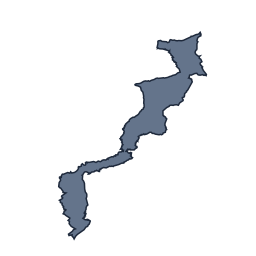 Vélez, Santander, Colombia (Albers equal-area conic projection), rotated 222°
{"feature_id": "7082276B66951297608622", "entity_name": "Vélez", "entity_type": "district", "adm_level": 2, "iso_a3": "COL", "parent_name": "Colombia", "parent_adm1": "Santander", "projection": "albers", "projection_center": [-73.706, 6.241], "detail": "fine", "context": "isolated", "style": "filled", "palette": "slate", "viewbox_px": 256, "rotation_deg": 222, "n_neighbors": 0, "source": "geoboundaries", "source_scale": "gbopen_adm2", "svg_char_len": 5962}
<svg xmlns="http://www.w3.org/2000/svg" viewBox="0 0 256 256"><g transform="rotate(222 128 128)"><path d="M153.4,223.1L155.4,222.2L155.7,221.4L154.9,219.6L155.6,218.0L157.2,217.8L160.8,215.0L162.3,214.9L163.8,213.0L163.7,212.3L162.2,210.7L160.2,207.2L159.5,207.3L159.3,206.9L159.0,207.6L158.7,207.5L157.4,208.1L154.9,210.1L152.5,211.2L152.9,211.6L151.3,211.8L149.3,212.7L149.1,212.3L148.5,212.3L148.6,213.0L147.6,211.8L147.8,211.5L146.4,211.7L145.1,211.4L144.7,210.9L143.5,211.2L141.6,210.8L142.4,209.9L140.7,209.1L140.6,208.4L139.0,208.5L138.4,208.1L137.9,208.7L137.0,208.7L137.0,208.3L135.8,208.9L135.2,207.5L134.6,207.6L133.4,207.2L133.3,206.2L129.4,206.1L126.6,204.4L127.9,202.3L128.3,199.5L130.1,196.8L130.5,195.4L131.2,194.7L132.4,192.1L134.4,189.4L135.1,189.2L138.6,185.2L139.5,184.8L140.4,183.6L141.0,181.6L142.6,179.0L143.2,177.1L144.5,176.7L145.0,175.7L146.6,174.6L147.6,173.1L148.6,169.8L149.4,168.5L151.5,166.3L151.9,165.0L151.6,164.7L150.8,164.8L148.4,166.1L146.0,166.7L143.4,164.9L140.9,164.6L137.6,162.1L136.7,160.8L135.4,160.1L132.9,156.9L132.2,156.6L130.0,154.4L130.0,153.1L129.5,152.7L129.4,152.0L130.0,150.9L129.7,149.4L130.0,148.6L129.4,145.3L129.7,143.3L130.0,143.0L130.5,140.1L131.5,139.4L132.4,136.5L132.3,134.5L131.6,133.8L132.1,132.6L132.4,129.3L131.9,128.8L132.2,127.7L131.4,127.2L131.5,126.3L131.0,126.0L131.2,125.4L130.5,124.9L130.6,124.5L131.3,124.3L131.4,123.8L131.0,123.4L129.3,123.3L128.2,122.7L128.1,121.8L127.5,121.4L127.1,119.1L127.2,116.3L126.4,115.4L126.8,114.8L125.2,114.3L124.7,115.1L124.3,114.5L123.5,114.2L123.3,113.2L122.3,113.2L121.7,112.2L120.5,112.2L120.7,111.0L120.2,110.5L120.4,110.1L119.9,109.7L119.4,107.2L118.4,108.5L117.8,108.3L117.6,107.5L117.3,107.3L116.9,107.3L116.4,108.3L115.8,107.5L116.4,107.2L117.0,105.8L118.6,104.1L118.5,102.6L117.6,101.4L119.2,99.7L118.5,98.8L119.6,98.1L119.6,96.7L120.8,95.9L122.7,92.0L122.0,91.4L122.9,91.0L123.0,89.4L124.6,88.2L125.6,86.7L125.5,85.8L126.1,84.4L128.0,83.5L128.7,81.0L131.1,80.1L133.8,76.5L134.9,75.7L135.0,74.8L135.8,75.1L136.2,74.8L136.4,73.7L135.1,72.7L134.9,72.0L135.5,71.2L136.3,70.9L138.0,70.9L138.1,69.5L137.2,68.2L137.9,67.0L138.8,66.3L138.8,65.7L138.2,65.7L137.4,63.6L137.4,61.5L138.0,59.2L139.7,56.9L141.3,57.1L141.0,55.5L143.0,54.6L145.0,50.5L145.9,49.8L145.6,48.1L144.5,46.7L144.6,46.2L145.8,46.2L146.0,45.7L145.5,45.0L144.0,44.7L143.0,43.9L142.7,41.5L140.3,38.1L138.8,37.9L137.9,38.3L133.7,37.4L133.2,36.6L130.7,38.2L131.8,33.2L131.3,32.4L129.9,32.5L129.5,31.7L130.6,28.4L129.3,28.5L128.4,27.4L126.5,28.0L125.7,26.8L123.3,26.5L123.3,25.8L122.4,25.6L121.1,24.7L119.8,25.7L119.4,25.7L119.2,24.8L119.8,23.5L118.9,22.0L118.8,20.8L118.6,20.8L117.6,21.4L115.1,21.5L111.1,22.2L110.6,21.6L110.7,19.2L109.0,19.4L107.7,17.5L104.4,16.9L99.6,17.8L100.5,15.9L100.2,14.0L101.2,9.3L99.9,8.6L98.1,11.2L97.6,10.4L96.3,10.1L95.4,10.2L93.8,9.5L94.5,12.5L94.4,15.1L92.6,23.1L93.0,26.1L92.2,27.9L92.7,29.3L92.5,30.6L93.7,33.5L94.0,33.7L96.4,33.2L96.0,32.7L97.0,32.1L97.5,32.3L98.3,31.2L101.1,30.7L101.1,31.1L100.6,31.4L100.5,32.9L100.9,33.2L101.2,32.9L101.6,34.0L100.9,33.9L100.8,34.2L101.6,34.5L101.7,35.8L102.1,36.4L102.7,36.3L102.9,35.4L103.6,35.4L104.0,36.8L103.6,37.4L104.5,38.4L104.8,39.6L105.9,40.8L106.5,42.6L106.3,43.9L111.9,47.6L112.7,49.4L114.0,50.9L114.9,51.5L116.9,51.9L119.4,53.7L123.3,57.7L125.4,58.8L127.5,59.2L129.8,62.2L130.5,62.2L130.3,62.7L130.8,65.5L130.8,66.2L129.9,67.5L127.8,68.2L127.3,68.0L126.7,68.6L126.6,67.3L126.1,67.8L125.6,69.2L125.6,70.8L123.9,72.8L123.9,74.0L123.1,74.5L123.1,75.5L120.8,76.1L120.1,76.6L120.3,76.9L121.0,76.9L121.2,77.7L120.6,78.7L121.2,78.8L119.8,82.2L117.5,83.8L116.0,87.4L114.9,88.0L114.6,88.8L113.2,89.5L113.3,90.1L110.4,94.7L109.3,97.4L107.9,98.9L108.2,99.4L107.7,99.7L108.0,100.3L107.3,101.7L107.1,103.3L106.3,104.6L106.3,106.1L105.4,106.6L104.7,107.8L104.8,109.0L105.8,108.7L106.4,108.8L106.6,109.2L107.4,109.0L107.3,109.5L107.6,110.2L108.6,110.3L109.0,110.9L108.4,111.3L108.7,111.9L109.6,111.7L109.6,111.2L110.1,111.0L110.1,110.1L111.2,109.7L112.8,110.1L113.8,109.3L114.1,110.6L113.7,111.2L113.9,112.3L112.7,112.3L112.5,113.5L111.9,113.7L111.5,113.4L108.7,115.9L108.7,118.4L108.2,118.8L108.4,119.9L109.1,120.2L109.4,119.9L111.0,119.9L111.1,120.7L111.9,121.0L111.9,121.7L112.4,121.9L112.2,122.6L112.6,123.1L112.5,124.2L111.9,124.5L112.8,124.9L112.4,126.0L113.1,127.4L113.1,128.1L114.6,128.4L114.7,128.7L114.0,130.1L114.1,130.6L113.5,131.2L113.7,131.7L113.3,131.9L113.3,132.6L112.5,132.8L112.3,134.2L111.5,134.1L111.1,134.3L110.9,135.2L110.5,135.3L109.9,136.3L108.9,139.5L107.7,140.4L106.4,140.2L104.8,141.5L103.8,141.6L100.3,143.8L99.8,144.8L98.5,145.5L98.1,146.7L98.5,147.8L97.4,149.8L98.5,151.6L98.2,152.7L99.3,153.0L99.6,153.6L100.3,153.4L100.8,154.2L102.4,154.7L103.7,156.4L105.3,160.7L106.9,160.7L107.1,161.1L107.8,161.2L109.5,160.7L109.8,161.1L110.5,160.9L113.5,164.1L112.9,169.2L111.9,171.6L112.2,172.4L111.3,173.8L109.4,175.2L109.1,176.0L107.6,177.7L105.8,178.6L106.4,181.3L105.4,185.2L105.9,185.9L107.0,186.1L108.0,187.0L107.1,188.4L107.2,189.2L107.8,189.7L107.8,190.1L108.9,191.4L108.7,194.2L109.2,194.6L109.0,196.1L111.1,205.2L111.8,205.8L112.4,205.8L113.2,206.8L114.3,206.7L114.5,206.2L115.6,206.3L116.4,205.7L116.6,206.8L117.6,208.5L117.0,209.3L116.4,209.6L114.8,213.2L113.4,214.7L111.7,214.4L110.7,214.8L109.4,215.9L108.4,217.5L107.2,217.7L107.1,218.1L106.2,218.5L106.2,218.9L105.0,219.2L105.6,220.3L110.3,221.1L113.1,222.2L113.4,223.2L113.9,222.9L114.0,223.3L115.5,223.6L115.9,223.3L117.4,223.9L117.9,224.8L117.4,226.7L119.9,227.8L121.7,227.5L122.7,228.7L122.7,229.6L123.4,228.5L125.0,228.3L127.4,228.3L128.9,229.2L129.6,231.2L129.3,232.0L129.7,232.9L133.2,236.8L133.8,238.9L134.8,238.8L135.4,239.3L136.4,241.4L136.6,242.5L135.7,245.0L136.1,245.2L135.7,245.4L136.5,246.5L138.4,247.4L138.3,245.5L139.1,243.8L139.8,243.2L141.6,239.1L142.5,238.4L142.3,237.7L145.5,230.2L146.7,228.6L148.9,226.9L149.8,225.7L151.4,224.7L152.4,224.4L153.4,223.1Z" fill="#64748b" stroke="#1e293b" stroke-width="1.5"/></g></svg>